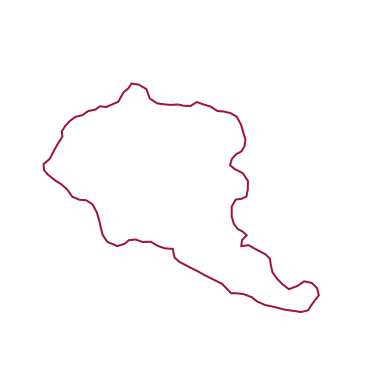 the district of Oratórios, Minas Gerais, Brazil, rotated 286°
{"feature_id": "56859067B13192127108265", "entity_name": "Oratórios", "entity_type": "district", "adm_level": 2, "iso_a3": "BRA", "parent_name": "Brazil", "parent_adm1": "Minas Gerais", "projection": "mercator", "projection_center": [-42.797, -20.437], "detail": "fine", "context": "isolated", "style": "outline", "palette": "rose", "viewbox_px": 384, "rotation_deg": 286, "n_neighbors": 0, "source": "geoboundaries", "source_scale": "gbopen_adm2", "svg_char_len": 1568}
<svg xmlns="http://www.w3.org/2000/svg" viewBox="0 0 384 384"><g transform="rotate(286 192 192)"><path d="M257.2,228.9L263.3,224.9L270.2,220.6L276.7,214.3L278.5,207.2L278.1,200.3L276.9,194.1L279.3,186.0L279.3,179.3L279.8,171.8L274.4,167.0L272.6,160.4L272.3,154.5L269.8,147.4L268.5,140.3L267.6,134.1L270.2,125.7L278.4,119.7L280.5,111.2L279.6,104.0L273.8,102.1L268.9,98.7L258.3,96.2L254.4,91.4L250.0,86.0L249.0,79.8L244.6,76.4L241.2,69.9L235.7,65.5L232.0,59.1L226.4,54.8L220.6,52.0L214.5,50.1L209.5,52.2L201.7,49.8L194.7,48.1L184.6,46.1L177.9,41.6L172.1,43.9L168.9,48.9L165.6,56.9L163.4,64.1L160.2,71.2L154.4,78.3L153.5,85.9L154.9,92.6L152.6,99.9L146.2,106.1L138.1,111.2L132.6,114.2L126.2,117.9L120.7,124.4L119.4,135.0L123.6,141.5L128.3,144.6L130.8,151.0L130.3,158.3L132.8,166.0L130.8,173.7L130.3,181.1L132.0,189.2L124.2,193.3L121.3,199.2L120.1,205.4L118.7,211.9L117.5,218.9L115.4,227.7L113.3,239.1L112.0,246.2L109.0,251.5L105.5,257.4L107.0,263.0L108.1,269.8L107.3,278.6L104.7,285.0L103.5,293.4L104.2,303.6L104.4,312.9L105.6,321.6L106.7,330.1L110.3,336.2L116.3,338.0L121.8,340.0L127.6,342.4L134.0,338.8L137.6,332.1L137.0,324.4L130.9,319.4L125.3,311.9L128.2,304.6L132.0,297.8L137.0,291.5L143.7,287.8L149.2,285.4L152.3,280.0L153.5,274.5L154.9,267.7L156.5,261.1L153.5,254.3L159.5,253.3L165.4,256.5L168.0,251.5L169.1,246.0L173.0,241.0L179.3,236.9L188.9,234.2L196.8,236.1L199.1,241.4L202.6,245.6L209.5,245.0L217.9,242.8L224.1,235.7L225.8,226.8L228.2,221.2L234.8,221.2L240.7,224.2L244.6,228.3L250.3,229.8L257.2,228.9Z" fill="none" stroke="#9f1239" stroke-width="2"/></g></svg>